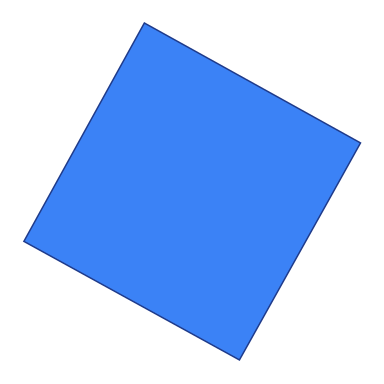 outline of Wright, Iowa, United States of America, rotated 209°
{"feature_id": "52423323B97285304575303", "entity_name": "Wright", "entity_type": "district", "adm_level": 2, "iso_a3": "USA", "parent_name": "United States of America", "parent_adm1": "Iowa", "projection": "orthographic", "projection_center": [-93.814, 42.733], "detail": "fine", "context": "isolated", "style": "filled", "palette": "blue", "viewbox_px": 384, "rotation_deg": 209, "n_neighbors": 0, "source": "geoboundaries", "source_scale": "gbopen_adm2", "svg_char_len": 237}
<svg xmlns="http://www.w3.org/2000/svg" viewBox="0 0 384 384"><g transform="rotate(209 192 192)"><path d="M68.4,316.6L315.6,316.7L315.1,67.3L69.1,68.1L68.5,255.1L68.4,316.6Z" fill="#3b82f6" stroke="#1e3a8a" stroke-width="1.5"/></g></svg>